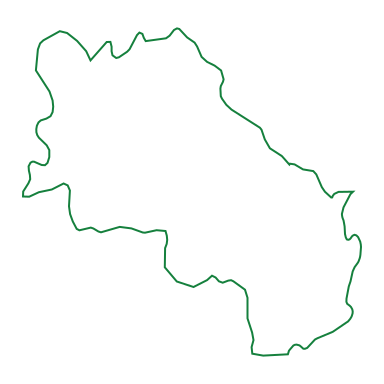 map outline of Siena (Mercator projection)
{"feature_id": "ITA-5388", "entity_name": "Siena", "entity_type": "Province", "adm_level": 1, "iso_a3": "ITA", "parent_name": "Italy", "parent_adm1": "", "projection": "mercator", "projection_center": [11.496, 43.172], "detail": "fine", "context": "isolated", "style": "outline", "palette": "green", "viewbox_px": 384, "rotation_deg": 0, "n_neighbors": 0, "source": "natural_earth", "source_scale": "10m", "svg_char_len": 2384}
<svg xmlns="http://www.w3.org/2000/svg" viewBox="0 0 384 384"><path d="M179.3,29.0L187.1,37.4L194.6,42.6L197.1,46.5L201.6,56.9L207.1,61.9L214.6,65.6L221.1,70.5L223.6,79.3L223.0,81.7L220.8,86.1L220.4,88.6L220.8,96.2L222.0,98.7L226.3,104.8L231.5,109.6L259.9,127.7L261.5,129.7L264.8,139.4L269.9,148.3L281.9,156.1L289.4,164.6L290.0,163.7L294.6,164.4L303.0,169.4L313.3,171.1L316.3,174.4L321.8,187.1L324.9,191.7L331.2,197.5L332.2,197.4L332.8,195.8L334.3,193.9L338.5,191.9L353.0,191.7L350.4,194.2L343.5,207.4L341.9,214.0L342.1,215.9L342.4,217.4L342.9,218.9L343.5,220.3L344.0,222.9L344.6,226.4L345.0,234.0L345.8,237.4L346.8,239.4L348.2,239.8L349.5,239.4L350.5,238.5L352.1,236.2L353.3,235.3L354.6,234.8L356.4,235.4L358.1,237.1L360.2,241.6L360.8,244.5L361.0,247.0L360.4,254.8L360.1,256.7L359.7,258.3L358.6,261.3L358.0,262.5L354.6,267.2L352.7,271.4L350.5,281.4L348.8,286.4L346.5,298.6L346.4,301.8L347.2,303.8L349.7,305.7L351.0,307.0L352.3,309.4L352.7,311.4L352.6,313.3L352.1,315.0L351.6,316.5L350.8,317.9L350.1,319.0L348.0,321.5L346.3,322.6L332.8,331.8L317.5,338.2L315.0,339.5L307.2,347.9L304.9,348.8L303.3,348.7L301.0,346.6L299.5,345.4L296.6,344.6L294.9,344.8L293.4,345.5L289.6,349.9L288.9,350.9L287.9,354.3L263.2,355.6L252.3,353.7L251.6,347.1L253.5,340.1L252.1,332.5L247.5,318.4L247.5,297.8L245.0,289.7L233.4,281.3L231.1,280.2L228.3,280.6L222.7,282.7L218.9,281.3L215.6,277.5L212.0,275.7L207.1,280.1L193.5,287.0L176.8,281.5L164.8,267.3L165.1,248.1L166.7,243.9L167.2,239.9L166.8,235.7L165.5,231.0L156.6,230.2L145.0,232.7L142.8,232.5L131.4,228.4L119.7,226.9L101.0,232.3L98.4,231.5L93.4,228.5L90.8,227.6L79.4,230.3L76.7,228.9L72.8,221.5L70.1,214.1L69.0,206.3L69.9,190.5L67.7,185.4L63.6,183.5L51.8,189.5L38.9,192.2L29.2,196.7L23.0,196.5L23.2,191.5L28.4,183.3L30.2,179.2L29.9,175.0L28.9,170.6L28.6,166.3L30.5,162.7L32.3,161.7L34.1,161.7L41.7,165.0L45.0,165.2L47.5,162.9L49.3,157.1L49.3,150.1L46.7,145.3L38.9,137.7L37.3,135.2L36.4,132.3L36.3,129.1L36.9,125.7L38.5,122.4L40.8,120.4L46.4,118.6L50.5,116.2L52.6,112.1L53.2,106.7L52.6,100.5L49.5,91.5L35.9,70.4L37.9,49.4L40.1,43.4L43.4,40.3L59.8,31.2L67.1,33.0L77.1,40.9L86.2,51.2L90.5,60.4L106.7,42.0L110.4,41.9L111.6,46.7L111.6,51.3L112.5,55.3L116.2,58.0L118.9,57.3L127.2,51.7L129.6,49.2L137.0,35.1L139.4,32.6L142.4,33.9L143.8,37.8L145.7,41.1L166.0,38.3L169.6,35.7L174.0,30.0L177.0,28.4L179.3,29.0Z" fill="none" stroke="#15803d" stroke-width="2"/></svg>